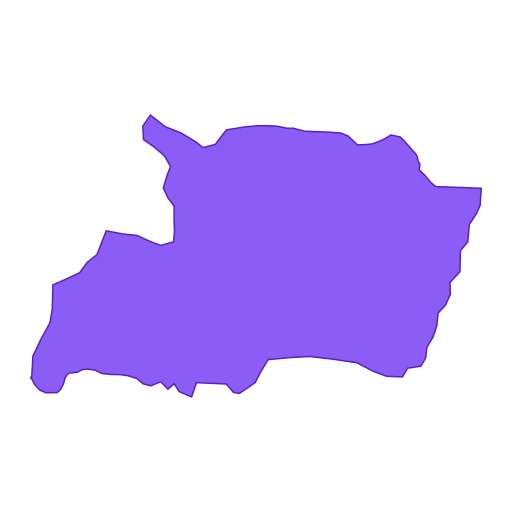 outline of Ormideia, Cyprus
{"feature_id": "46923920B71817476426158", "entity_name": "Ormideia", "entity_type": "district", "adm_level": 2, "iso_a3": "CYP", "parent_name": "Cyprus", "parent_adm1": "", "projection": "equal_earth", "projection_center": [33.784, 34.997], "detail": "fine", "context": "isolated", "style": "filled", "palette": "violet", "viewbox_px": 512, "rotation_deg": 0, "n_neighbors": 0, "source": "geoboundaries", "source_scale": "gbopen_adm2", "svg_char_len": 1833}
<svg xmlns="http://www.w3.org/2000/svg" viewBox="0 0 512 512"><path d="M334.7,132.6L331.5,132.3L329.6,132.2L316.6,131.7L304.3,131.2L293.3,128.2L289.7,128.2L287.0,128.2L276.5,126.1L267.8,125.7L258.1,125.7L248.8,126.5L241.5,127.4L235.7,128.4L230.2,129.2L226.4,129.9L222.5,134.9L215.3,144.4L202.9,147.6L195.9,141.9L180.7,132.8L165.2,126.7L150.4,115.1L142.8,126.1L143.5,139.5L154.4,147.2L164.5,155.9L170.5,166.5L167.0,175.5L163.3,188.0L167.9,197.8L174.1,206.2L174.1,220.1L174.5,232.0L173.5,241.8L160.7,245.4L150.6,241.7L137.0,235.4L123.0,234.0L106.2,230.8L99.8,247.3L97.0,254.5L87.2,262.4L79.6,272.7L63.3,280.3L52.9,284.9L52.3,308.8L50.0,322.7L41.0,339.1L32.9,356.0L31.8,376.0L31.6,376.3L30.7,378.0L32.3,379.8L34.7,384.6L40.0,390.2L46.0,392.8L57.2,392.6L60.8,389.2L63.5,383.8L65.0,378.1L67.3,374.5L69.4,373.0L77.4,372.3L81.7,369.8L87.2,369.0L95.1,370.2L101.9,373.5L111.7,374.5L119.7,374.6L128.0,375.7L136.8,378.5L143.2,383.9L150.8,385.8L160.7,381.7L167.9,389.2L174.2,383.8L179.2,391.6L191.6,396.9L196.4,382.7L206.7,383.1L226.3,384.0L233.5,392.4L239.4,393.4L241.6,391.9L255.3,382.5L260.1,372.9L268.1,359.6L291.2,357.5L309.7,356.5L333.1,359.2L357.0,362.8L373.1,371.2L386.6,376.3L402.5,376.9L407.6,368.2L420.9,366.2L425.6,358.1L426.9,347.3L433.0,337.0L436.8,325.7L438.1,313.0L445.5,305.1L450.3,294.4L450.0,282.5L459.9,271.8L460.5,250.5L467.7,242.0L469.4,224.3L476.4,213.6L480.1,205.5L481.2,189.1L481.3,188.3L459.1,187.4L458.9,187.4L459.1,187.5L453.1,187.2L443.8,186.9L441.5,186.8L435.7,186.6L430.5,182.2L424.9,175.3L419.3,170.1L419.8,164.9L419.9,163.9L418.3,161.6L417.1,156.4L416.2,154.6L414.4,152.3L413.1,151.1L405.5,142.3L404.2,140.8L400.1,136.9L395.6,136.0L391.0,135.0L382.4,140.0L378.7,141.5L372.3,143.9L366.1,144.5L357.8,144.9L356.8,144.3L348.0,135.9L340.6,133.0L334.7,132.6Z" fill="#8b5cf6" stroke="#5b21b6" stroke-width="1.5"/></svg>